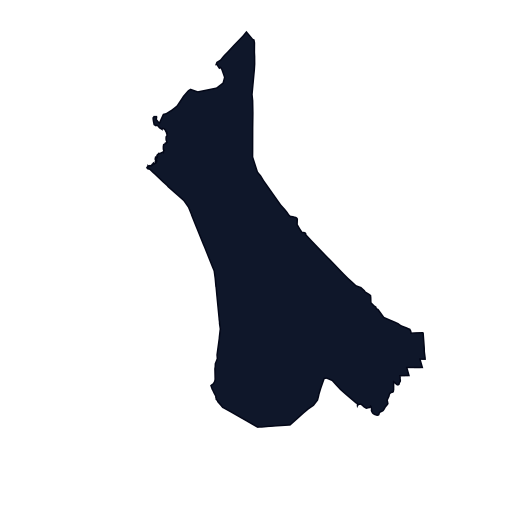 the district of Puzes pag., Ventspils, Latvia, rotated 240°
{"feature_id": "27541924B95248951242088", "entity_name": "Puzes pag.", "entity_type": "district", "adm_level": 2, "iso_a3": "LVA", "parent_name": "Latvia", "parent_adm1": "Ventspils", "projection": "equal_earth", "projection_center": [22.107, 57.369], "detail": "fine", "context": "isolated", "style": "filled", "palette": "ink", "viewbox_px": 512, "rotation_deg": 240, "n_neighbors": 0, "source": "geoboundaries", "source_scale": "gbopen_adm2", "svg_char_len": 5657}
<svg xmlns="http://www.w3.org/2000/svg" viewBox="0 0 512 512"><g transform="rotate(240 256 256)"><path d="M203.9,183.6L203.1,183.1L189.8,172.8L186.4,171.2L183.0,166.9L180.7,165.5L178.8,164.0L169.7,159.0L168.6,158.1L167.7,157.1L166.6,155.0L166.5,153.5L166.3,152.2L162.5,151.5L162.4,151.6L157.7,151.2L156.2,151.2L154.7,151.1L154.2,150.9L153.5,150.5L152.5,150.3L151.8,149.9L151.7,149.9L150.3,150.3L149.2,150.2L148.9,150.1L143.5,151.2L143.2,151.2L141.5,151.5L140.8,152.0L138.5,153.4L133.5,156.4L127.3,160.0L123.7,162.1L107.0,171.8L106.1,173.7L104.9,175.8L102.0,182.2L101.9,182.3L100.4,185.3L99.1,188.1L97.2,191.9L92.7,201.0L94.8,211.1L96.5,219.1L96.7,220.3L97.5,224.9L98.0,231.2L98.1,231.3L100.5,237.2L102.9,239.6L105.1,241.6L109.3,246.1L114.2,251.8L115.9,253.8L115.0,256.1L113.2,257.5L112.9,257.7L110.4,259.6L109.8,259.9L104.1,261.1L100.3,262.0L98.4,262.4L91.2,264.8L78.6,269.3L77.7,270.0L76.7,269.9L76.4,269.4L75.7,269.1L75.9,269.4L76.2,270.6L76.2,270.9L76.1,271.2L75.8,271.5L75.6,272.1L75.5,272.5L74.8,273.0L73.5,273.5L71.2,274.2L70.2,274.8L69.4,275.2L69.0,275.5L68.9,275.7L68.5,277.5L68.2,278.0L68.0,278.6L68.0,278.9L68.1,279.3L68.8,280.1L68.3,280.3L66.9,280.0L65.5,279.5L64.7,278.8L64.0,278.6L62.9,278.5L61.7,278.5L60.8,278.8L60.4,279.0L59.7,279.4L59.0,279.9L58.4,280.5L57.6,281.2L57.2,282.0L57.2,283.0L58.2,283.9L58.7,285.1L58.9,285.9L58.7,286.3L58.6,287.4L58.6,288.6L58.8,289.2L59.5,290.6L60.6,292.4L61.3,294.4L61.6,295.1L61.9,295.9L62.4,296.5L63.5,296.8L64.2,297.1L65.0,297.3L65.6,297.5L65.8,297.6L66.2,298.3L66.5,298.9L67.1,299.4L67.3,299.9L68.0,300.9L69.1,301.9L69.9,302.8L70.0,303.0L70.1,303.4L70.2,305.6L69.9,306.0L69.7,306.3L70.0,307.1L70.2,307.3L70.6,307.6L71.5,308.4L73.6,309.6L74.4,310.1L75.4,310.6L76.5,311.3L77.7,311.9L78.5,312.4L78.2,312.6L77.9,312.7L76.8,312.9L75.1,313.4L73.9,313.9L73.6,314.3L73.4,314.6L73.4,315.5L73.5,315.8L74.3,316.5L74.9,317.4L75.4,318.3L76.3,318.9L77.9,319.5L78.8,320.1L79.6,320.3L80.4,320.7L76.0,328.7L84.1,330.8L78.3,340.8L76.3,344.3L84.7,346.4L82.1,350.9L83.5,351.6L89.0,353.9L91.9,355.5L96.6,357.8L105.7,362.2L106.2,362.0L109.6,355.7L111.4,352.1L111.5,351.7L113.6,352.4L115.7,352.5L116.7,351.6L117.3,351.2L117.2,351.1L118.2,350.6L122.6,347.0L124.3,346.0L126.3,345.2L127.7,344.2L138.9,335.9L148.6,334.9L150.3,333.8L151.9,334.2L153.6,333.3L158.1,332.1L162.5,334.5L164.5,335.4L166.2,334.7L167.7,333.9L170.0,332.6L170.4,332.5L171.9,332.4L173.1,332.0L176.3,331.0L176.8,330.5L180.3,327.6L188.0,325.2L190.7,324.3L197.4,322.5L216.5,317.8L218.8,317.1L241.9,311.4L249.3,309.7L249.8,309.9L249.8,309.7L250.0,309.8L250.9,310.1L251.3,310.1L252.4,309.2L253.2,307.6L257.8,307.3L262.7,307.3L267.1,310.1L268.0,310.3L269.1,309.9L269.7,309.5L270.0,309.0L270.1,308.8L270.6,308.5L270.9,308.1L271.6,307.6L271.9,307.1L272.3,306.5L272.9,306.0L272.9,305.7L272.8,305.4L275.4,304.8L278.4,304.6L281.7,304.1L287.8,302.8L317.4,300.1L323.2,300.0L326.3,299.4L328.2,299.2L343.4,302.5L348.0,305.2L368.5,317.1L381.3,324.7L392.1,330.7L397.9,333.3L418.2,347.7L422.9,350.8L429.4,354.5L433.3,356.5L441.3,361.2L444.1,362.2L445.3,361.3L446.6,361.1L454.8,359.7L452.9,354.7L451.2,348.8L449.4,342.4L446.6,333.3L445.7,329.9L445.0,327.7L443.3,323.3L443.2,319.0L441.8,317.3L441.6,317.9L437.0,318.2L437.1,319.6L434.8,319.8L426.4,318.2L422.2,314.0L421.1,305.8L424.4,295.9L427.2,287.6L433.0,282.6L432.9,280.6L432.9,280.3L432.7,279.5L430.5,273.1L428.9,270.0L425.3,262.7L424.7,258.9L424.2,255.0L424.3,254.8L424.1,250.5L424.1,249.4L424.9,246.6L419.2,238.6L424.3,237.8L425.3,238.9L425.6,239.1L426.5,239.5L427.7,237.4L427.5,237.1L427.3,236.9L427.1,236.0L426.2,235.5L424.0,234.6L420.7,233.5L418.9,234.5L418.9,235.4L418.0,236.1L415.2,236.6L412.8,237.9L413.1,238.0L413.1,238.5L413.2,238.9L413.0,239.2L412.6,239.5L412.3,239.8L411.5,240.2L411.0,240.2L410.3,240.5L409.7,240.3L409.1,240.2L408.2,240.6L407.7,240.6L407.4,240.6L406.9,240.3L407.2,240.0L405.5,239.6L404.7,239.1L404.5,238.8L404.3,238.0L403.3,237.2L401.4,236.2L398.9,235.8L398.9,235.6L399.0,234.0L398.5,234.0L398.6,232.2L398.6,231.7L397.0,230.4L394.7,229.1L393.5,229.3L393.6,228.9L392.8,228.3L392.8,228.2L392.4,227.9L392.5,227.9L392.8,224.0L393.5,223.1L392.9,222.1L393.1,221.5L392.5,220.4L391.6,220.3L391.4,220.4L391.0,220.1L390.9,219.9L390.5,219.6L390.7,219.4L391.7,219.1L391.9,218.5L391.6,218.2L390.9,218.2L390.2,217.9L390.7,217.5L390.4,217.1L389.9,217.1L389.8,217.3L389.7,217.6L389.5,217.8L389.4,217.8L388.9,217.4L388.7,217.4L388.7,217.6L388.3,217.4L388.1,217.6L387.9,217.6L387.6,217.3L388.2,217.1L388.3,217.0L387.8,216.5L387.9,216.3L388.2,216.2L388.3,216.2L388.1,216.0L387.6,216.1L387.2,216.3L387.0,216.2L386.9,216.0L386.5,215.6L386.6,215.3L386.7,214.7L387.0,214.7L387.0,214.4L387.2,214.1L386.7,214.0L386.5,213.8L386.6,213.7L386.8,213.6L387.2,213.7L387.8,213.7L387.7,213.4L387.3,213.4L387.3,213.2L386.9,213.1L386.9,212.9L387.0,212.4L386.7,212.1L386.8,211.9L387.2,212.0L387.3,212.0L387.3,211.9L387.2,211.6L386.8,211.3L386.4,210.8L386.5,210.3L386.8,209.8L387.2,209.6L387.2,209.1L387.5,208.9L387.5,208.6L387.1,208.5L387.0,208.3L387.2,208.1L387.6,208.1L388.2,207.7L387.6,207.5L387.4,207.2L387.6,206.7L387.3,206.3L387.2,206.2L386.7,206.3L386.5,206.2L387.0,205.9L387.0,205.7L386.7,205.7L385.9,205.8L385.7,205.9L385.4,206.1L385.4,206.3L385.4,206.5L385.5,206.9L385.4,207.0L384.7,206.9L384.5,207.2L383.8,207.6L379.8,208.7L377.5,209.5L366.6,212.7L361.4,214.4L359.9,214.6L340.1,221.3L332.0,222.0L329.0,221.6L323.3,220.8L323.3,220.7L310.8,218.9L310.6,218.9L292.2,216.3L289.5,216.0L268.1,212.9L264.1,212.4L257.0,209.5L249.7,206.1L248.7,205.8L242.0,202.7L220.0,192.7L219.9,192.6L217.0,191.4L215.8,190.7L210.8,188.7L210.5,188.7L210.3,188.4L209.7,187.9L203.9,183.6Z" fill="#0f172a" stroke="#020617" stroke-width="1.5"/></g></svg>